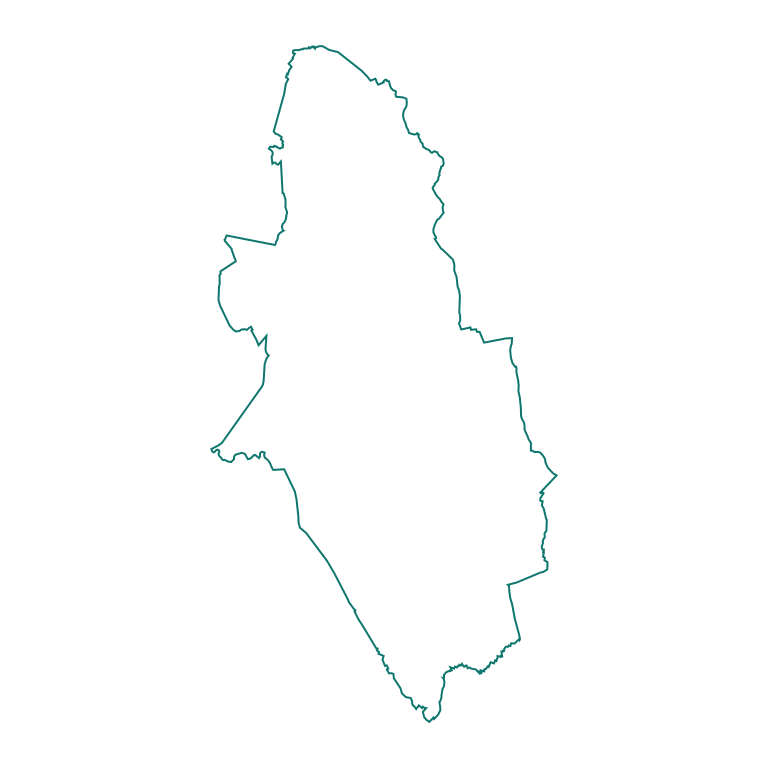 Ixtaczoquitlán, Veracruz, Mexico
{"feature_id": "50627088B20096536906195", "entity_name": "Ixtaczoquitlán", "entity_type": "district", "adm_level": 2, "iso_a3": "MEX", "parent_name": "Mexico", "parent_adm1": "Veracruz", "projection": "natural_earth1", "projection_center": [-97.025, 18.851], "detail": "fine", "context": "isolated", "style": "outline", "palette": "teal", "viewbox_px": 768, "rotation_deg": 0, "n_neighbors": 0, "source": "geoboundaries", "source_scale": "gbopen_adm2", "svg_char_len": 6063}
<svg xmlns="http://www.w3.org/2000/svg" viewBox="0 0 768 768"><path d="M219.5,275.0L219.7,283.8L219.0,286.4L218.5,300.3L220.3,306.1L229.6,325.5L232.9,329.3L235.5,331.3L236.9,331.4L239.4,331.0L241.6,329.5L244.6,329.2L246.9,329.9L248.8,328.1L251.0,326.8L252.6,329.8L251.4,330.6L256.1,339.2L258.6,345.2L266.4,335.9L265.5,349.2L265.9,351.5L266.8,353.4L267.7,354.7L268.7,355.4L266.5,358.5L264.7,363.8L263.6,381.3L262.9,384.6L262.2,386.2L222.0,442.8L218.8,445.2L211.4,449.0L212.1,451.2L213.5,452.4L214.7,451.9L216.3,450.1L217.4,449.7L218.3,449.9L219.1,450.7L219.3,451.7L218.5,453.9L218.9,455.2L219.6,456.4L221.0,457.6L222.1,459.5L223.4,460.1L224.5,459.8L227.9,461.5L231.0,462.1L234.0,459.2L234.1,456.6L235.3,454.8L241.4,452.9L244.8,453.7L247.9,459.2L250.5,458.5L253.9,455.2L255.1,454.9L259.1,458.1L260.1,456.3L259.9,454.1L260.4,452.8L261.9,451.8L264.7,452.6L264.1,455.2L264.8,457.6L267.7,460.0L269.8,462.7L271.8,467.5L273.2,469.9L284.2,469.3L294.8,491.4L296.5,499.3L298.4,516.9L298.5,522.2L299.9,527.7L306.1,532.9L327.0,560.8L334.5,573.6L347.9,599.5L348.9,602.1L353.6,608.6L355.5,610.3L355.4,610.8L354.5,611.4L358.5,619.4L362.7,625.8L376.3,648.4L377.6,648.6L376.9,650.3L379.0,652.0L378.5,653.8L383.6,655.9L382.5,659.7L385.0,665.9L386.8,665.4L388.2,668.7L386.9,669.5L389.0,673.4L391.3,673.2L393.4,673.9L393.9,678.3L400.5,688.3L401.9,693.3L405.8,697.1L410.7,698.0L412.0,701.1L412.2,703.5L412.8,705.3L414.2,706.2L416.2,709.0L418.9,705.4L422.0,708.0L422.8,706.7L424.2,707.7L426.2,708.1L422.9,711.8L424.1,716.9L426.2,719.6L429.3,721.9L433.5,717.5L434.1,719.0L438.1,714.7L440.3,710.3L440.2,707.0L439.4,702.0L440.2,701.2L441.5,697.4L441.4,696.0L442.4,689.5L444.0,686.1L444.4,682.4L444.1,679.8L443.3,678.5L443.7,678.7L443.9,678.0L444.0,678.3L444.0,674.8L446.1,672.3L449.6,670.7L449.7,671.1L451.7,670.4L450.3,667.2L454.1,668.6L454.9,666.6L457.0,667.5L457.9,666.0L459.0,665.9L459.3,664.8L460.9,665.4L461.9,663.8L463.7,666.5L464.5,666.7L465.4,665.7L466.6,665.5L467.6,668.2L469.7,667.5L470.1,668.1L471.5,668.7L475.7,669.4L479.8,673.7L481.1,673.1L479.8,671.5L481.4,671.8L481.0,670.4L484.2,671.3L484.5,669.2L485.6,669.1L488.0,666.2L488.7,666.9L490.7,662.2L494.0,663.4L495.2,660.3L496.4,661.0L497.6,657.3L497.6,656.0L500.8,656.9L500.9,656.0L502.1,656.3L501.4,651.7L502.8,651.6L502.7,650.8L504.1,650.9L504.3,648.7L505.8,646.8L508.2,646.7L508.8,645.5L510.4,646.0L511.1,643.3L514.5,643.6L518.7,639.5L519.4,640.4L520.0,639.0L518.8,633.5L514.8,618.7L512.2,604.6L510.2,597.8L509.4,591.9L509.0,586.1L507.9,584.8L516.7,582.5L540.0,572.7L543.3,571.9L547.3,569.4L547.5,562.2L544.4,560.2L544.9,557.7L543.0,556.7L543.9,552.3L543.1,552.2L543.9,549.6L542.3,549.4L541.7,546.7L543.1,542.6L542.7,541.6L542.9,540.8L543.6,538.8L544.4,538.1L544.8,536.7L544.5,534.0L544.9,532.7L546.4,531.0L546.8,519.9L546.2,518.9L543.6,508.2L541.9,505.6L542.6,501.2L540.9,501.0L540.3,500.5L540.2,499.5L540.3,498.4L543.6,493.1L543.1,492.7L540.6,493.1L540.3,492.6L556.6,475.4L553.2,473.5L547.8,467.6L545.5,462.5L545.0,459.0L543.4,456.2L540.5,452.8L538.3,451.9L534.6,452.1L532.2,450.6L530.9,450.6L530.9,444.9L531.1,444.3L530.8,442.6L528.7,439.5L527.6,436.4L525.7,432.4L524.4,429.0L524.7,427.3L524.0,422.5L521.9,419.0L521.1,416.1L520.8,407.4L519.8,397.5L518.4,391.1L518.7,384.4L518.3,383.3L518.4,381.7L516.4,372.2L516.5,368.3L516.1,366.7L515.3,366.9L512.5,363.2L510.9,357.7L510.2,350.2L510.9,345.8L511.7,343.9L512.0,338.1L505.9,338.4L484.1,342.6L479.6,331.9L477.0,331.9L476.2,329.3L471.0,329.8L470.4,327.4L461.3,329.5L459.9,325.9L459.0,323.3L460.2,320.5L460.1,315.6L459.3,312.3L459.9,296.2L459.1,290.4L457.8,287.2L457.4,285.0L456.6,277.1L454.2,270.4L454.4,265.3L453.6,261.6L452.7,259.4L442.6,249.6L441.1,248.7L434.7,238.9L436.1,238.1L435.8,236.7L435.0,235.8L433.4,232.1L433.4,229.3L434.5,225.5L436.8,220.6L437.7,219.4L439.2,218.5L443.6,212.7L442.9,210.6L442.6,207.2L443.5,204.8L443.2,203.8L441.7,202.3L439.6,198.8L438.0,197.4L436.4,195.2L433.3,189.8L432.6,187.6L434.6,185.2L434.9,183.6L437.8,180.4L438.4,178.9L438.4,177.2L439.7,175.0L439.2,173.8L440.2,169.9L441.0,168.1L441.0,167.1L441.3,166.6L442.9,165.8L443.7,163.5L443.0,159.1L442.4,157.9L439.3,155.8L437.6,153.3L437.3,152.3L434.2,151.3L432.1,152.8L431.6,152.7L430.6,152.1L429.3,150.2L425.8,148.7L424.1,147.3L423.5,147.3L422.9,145.9L422.5,143.4L420.6,141.8L420.4,140.3L418.8,137.6L418.2,135.3L418.9,134.8L417.2,133.1L415.8,134.3L414.0,134.5L409.0,133.0L407.9,129.4L406.6,127.4L405.7,123.7L403.8,119.3L403.2,116.8L403.1,114.1L404.0,110.2L405.5,108.2L406.6,105.3L406.8,102.8L406.4,98.7L403.1,97.4L396.4,96.8L395.9,96.3L395.5,94.1L396.0,91.7L394.9,90.8L393.2,90.3L391.1,88.1L390.2,86.1L388.9,81.2L386.8,81.0L386.6,79.8L385.1,79.8L383.4,81.5L383.2,81.9L383.5,82.5L378.2,84.7L376.5,81.7L376.1,80.0L375.3,78.7L370.5,80.7L367.2,76.5L361.7,70.8L338.0,52.1L329.1,49.9L323.2,46.5L321.7,46.1L318.9,46.3L315.9,47.4L315.4,47.2L315.1,48.1L314.9,47.6L314.4,47.9L313.8,47.6L314.2,46.9L313.6,46.5L313.0,46.8L312.9,46.5L312.2,46.5L311.1,47.2L310.4,48.3L308.9,47.3L308.5,48.4L303.4,48.6L302.7,49.4L301.4,49.2L299.0,50.1L294.5,50.1L293.2,50.7L293.0,53.1L294.9,53.7L292.6,57.8L293.1,58.5L288.7,63.7L291.6,66.8L289.1,70.4L287.8,74.4L287.1,73.9L286.0,77.3L287.5,78.2L288.2,79.2L285.8,83.9L284.2,93.8L273.7,131.4L275.6,133.8L277.9,134.5L281.7,137.1L280.9,139.6L282.0,140.2L283.1,141.6L282.3,142.9L283.0,144.7L283.1,145.3L282.5,146.0L282.9,147.2L279.8,148.6L276.8,147.1L276.8,146.7L274.3,145.8L273.7,147.0L271.5,146.9L270.8,146.6L269.8,147.0L268.9,148.8L271.4,150.5L272.6,152.2L272.7,154.6L271.8,156.1L271.7,157.6L272.4,163.6L273.4,162.7L275.2,162.7L276.8,164.2L278.1,164.7L280.9,161.5L282.6,193.1L283.7,193.5L285.5,199.7L285.6,205.3L285.2,206.3L287.0,212.1L287.0,213.2L286.3,215.7L286.4,216.6L286.0,217.1L286.1,218.6L284.6,221.9L282.6,224.1L281.9,226.8L282.9,230.7L283.3,230.8L280.2,232.8L278.1,235.2L277.6,238.8L276.8,240.8L276.2,241.3L275.7,243.6L275.0,245.0L226.6,235.5L224.9,239.8L224.6,239.9L225.0,241.2L226.6,242.7L227.0,243.5L231.7,249.0L231.6,249.6L234.2,257.0L234.3,257.8L235.0,258.6L235.8,261.3L220.5,271.3L220.6,274.1L219.5,275.0Z" fill="none" stroke="#0f766e" stroke-width="2"/></svg>